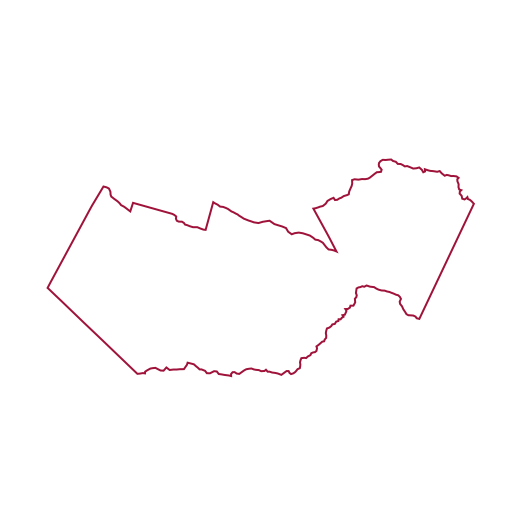 outline of Araputanga, Mato Grosso, Brazil, rotated 115°
{"feature_id": "56859067B59934411010082", "entity_name": "Araputanga", "entity_type": "district", "adm_level": 2, "iso_a3": "BRA", "parent_name": "Brazil", "parent_adm1": "Mato Grosso", "projection": "robinson", "projection_center": [-58.498, -15.266], "detail": "fine", "context": "isolated", "style": "outline", "palette": "rose", "viewbox_px": 512, "rotation_deg": 115, "n_neighbors": 0, "source": "geoboundaries", "source_scale": "gbopen_adm2", "svg_char_len": 4044}
<svg xmlns="http://www.w3.org/2000/svg" viewBox="0 0 512 512"><g transform="rotate(115 256 256)"><path d="M356.6,199.7L354.9,198.9L355.9,196.6L355.1,194.8L354.8,192.1L354.0,189.7L353.3,186.8L353.0,182.8L350.5,181.4L348.8,180.5L347.3,179.6L346.5,177.8L347.8,176.2L348.2,174.3L346.5,172.5L344.3,171.3L341.0,170.5L339.2,168.9L337.4,169.3L335.7,169.9L333.7,171.2L331.6,171.6L329.4,171.7L327.9,169.3L327.3,167.4L325.2,166.6L322.9,164.8L320.7,164.8L319.3,163.5L318.2,161.9L316.5,161.1L313.8,161.7L312.4,163.0L310.1,161.7L307.6,160.6L305.7,159.8L304.5,158.2L302.6,158.4L300.6,157.8L298.4,158.7L296.4,160.1L294.3,160.7L291.7,161.1L289.8,159.2L287.8,158.2L285.7,157.9L284.3,155.9L281.6,155.6L280.1,153.9L278.4,154.4L277.7,152.6L275.7,152.1L274.1,151.0L273.1,152.6L271.7,150.7L269.7,150.7L267.5,150.8L266.3,152.6L265.3,150.5L263.1,149.1L261.1,149.4L259.8,146.7L256.1,146.5L253.0,148.3L250.8,147.7L249.0,148.1L247.3,149.8L245.3,150.4L242.9,151.1L241.2,149.9L240.1,148.3L238.5,146.9L238.1,144.9L236.0,143.3L235.6,139.8L234.3,135.8L234.7,133.0L234.7,130.7L234.2,127.7L233.0,124.7L232.8,122.3L232.2,119.9L232.1,117.7L231.9,115.5L231.9,112.7L231.5,110.5L232.2,108.4L233.6,106.5L236.6,106.5L238.5,105.2L239.9,102.4L242.0,100.0L243.6,97.3L245.1,95.1L245.3,92.9L244.4,90.7L243.5,88.3L243.5,85.8L244.5,84.1L244.0,81.4L116.6,80.6L115.3,83.7L114.7,86.0L114.8,88.0L113.3,89.3L115.0,89.9L116.6,90.9L116.9,93.3L114.5,95.1L113.4,97.8L111.4,98.5L109.6,97.8L109.8,100.0L108.0,101.6L105.3,102.7L103.2,105.0L101.4,106.0L99.6,105.4L99.1,107.9L100.0,110.7L101.1,113.0L101.4,115.3L101.9,117.4L103.5,118.9L102.6,122.6L101.4,125.4L103.1,127.4L104.2,131.3L105.2,134.0L105.7,136.7L106.0,139.6L107.9,138.5L109.4,139.8L107.8,142.1L106.8,145.5L108.7,147.7L110.3,150.5L110.4,154.0L110.6,157.0L111.9,159.0L111.5,161.6L111.5,163.7L112.6,166.5L111.5,169.1L112.0,172.1L111.4,174.2L112.7,176.6L114.2,179.1L115.3,181.8L117.5,183.3L119.7,183.8L121.4,183.3L122.9,182.3L123.7,180.5L124.7,178.6L126.9,178.3L128.1,180.2L129.0,181.9L131.2,183.1L133.0,184.0L134.8,184.9L136.8,185.9L138.6,187.2L140.2,189.5L141.5,192.5L143.5,195.4L144.8,199.1L146.6,201.0L149.7,199.4L152.2,198.9L154.8,198.9L158.1,198.8L160.9,198.0L162.3,199.2L164.6,201.8L167.1,203.3L168.6,204.8L170.7,206.1L171.9,208.1L170.5,210.3L172.8,212.4L175.9,214.5L179.1,214.9L182.5,216.6L184.3,218.9L185.6,220.1L187.7,222.4L188.8,224.0L207.3,198.8L209.5,195.9L217.9,185.0L218.0,187.6L218.5,190.2L219.4,193.0L218.4,195.9L217.2,198.2L215.8,200.9L215.5,202.8L215.3,206.3L216.1,209.2L215.3,211.9L214.7,215.8L215.6,223.1L216.7,227.1L218.9,230.5L221.2,232.8L220.4,237.1L218.0,240.6L218.2,244.9L218.8,249.0L219.3,252.8L218.3,258.6L220.0,261.2L222.2,264.4L225.1,267.7L226.4,272.2L226.6,274.6L227.0,277.8L227.3,282.9L226.9,285.5L226.6,288.3L226.1,290.2L226.1,292.4L225.9,294.8L226.0,297.1L225.2,301.3L225.2,303.8L225.4,306.5L226.4,309.5L225.7,312.4L225.6,315.5L225.3,317.5L253.6,312.7L254.3,314.8L254.6,318.0L254.7,321.4L256.5,325.2L257.0,328.7L257.1,331.2L257.5,333.6L256.5,335.3L256.2,337.6L257.5,340.6L257.5,342.6L256.1,344.3L253.9,345.0L253.3,347.4L253.2,349.7L259.8,389.9L268.7,388.8L268.3,390.7L267.1,396.2L266.9,399.9L265.9,401.7L265.0,404.3L264.1,408.9L263.3,412.3L261.9,413.7L259.3,415.1L257.0,417.8L256.9,420.4L257.5,423.6L279.5,425.9L283.8,426.2L339.9,429.5L366.8,431.1L373.0,431.4L373.6,429.5L376.6,420.7L379.3,412.6L389.0,384.3L391.2,377.7L397.5,359.0L410.3,321.4L412.9,313.7L411.7,311.6L409.9,309.0L409.3,307.0L407.7,307.6L405.6,306.3L402.7,304.2L401.4,302.4L399.9,299.9L400.0,297.5L400.1,294.1L399.0,291.3L394.9,290.1L395.8,286.1L393.7,282.7L392.4,279.9L390.8,277.2L389.0,273.5L383.7,272.6L381.6,272.9L380.9,269.3L380.4,266.5L381.4,263.3L381.8,261.5L382.6,259.2L381.8,257.4L381.6,253.6L383.0,251.0L381.7,248.1L378.1,245.3L377.2,242.7L378.7,239.9L377.8,237.0L377.2,234.6L375.7,229.9L375.3,227.8L373.5,228.7L371.2,228.1L370.3,226.3L370.7,223.8L369.9,221.3L366.8,219.6L364.4,218.2L362.7,216.9L361.1,214.6L359.9,212.6L359.7,210.0L359.2,208.0L358.2,205.2L358.2,202.6L356.6,199.7Z" fill="none" stroke="#9f1239" stroke-width="2"/></g></svg>